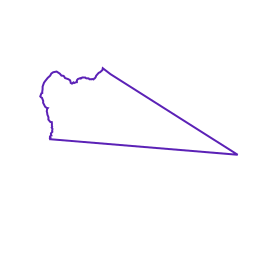 Elechui, Palau (Natural Earth projection), rotated 50°
{"feature_id": "81905179B66234991007705", "entity_name": "Elechui", "entity_type": "district", "adm_level": 2, "iso_a3": "PLW", "parent_name": "Palau", "parent_adm1": "", "projection": "natural_earth1", "projection_center": [134.481, 7.438], "detail": "fine", "context": "isolated", "style": "outline", "palette": "violet", "viewbox_px": 256, "rotation_deg": 50, "n_neighbors": 0, "source": "geoboundaries", "source_scale": "gbopen_adm2", "svg_char_len": 1199}
<svg xmlns="http://www.w3.org/2000/svg" viewBox="0 0 256 256"><g transform="rotate(50 128 128)"><path d="M66.0,108.9L67.2,110.4L67.3,113.6L66.9,115.0L67.5,118.8L68.3,120.2L68.6,121.6L68.4,122.1L68.6,123.2L67.4,124.0L67.1,124.9L66.5,125.4L65.9,126.2L64.7,126.3L64.1,126.9L63.5,127.7L62.8,128.2L61.9,128.3L60.0,130.4L59.6,131.7L59.9,131.9L59.7,132.5L59.1,132.6L58.3,134.9L58.6,136.5L60.0,137.7L59.6,138.2L58.9,140.4L58.0,140.5L58.0,142.4L56.7,142.9L56.0,142.5L54.3,141.7L52.3,142.3L49.3,144.1L47.1,143.8L46.2,144.2L45.1,145.3L42.5,145.3L39.9,146.1L38.9,146.4L38.1,147.8L37.2,149.5L37.0,151.8L37.9,154.0L38.0,157.2L38.8,161.2L39.3,163.2L40.4,165.1L41.4,166.8L43.4,168.5L45.0,170.3L46.1,171.2L45.8,172.1L46.5,173.3L47.4,174.9L48.5,174.9L49.6,174.5L52.8,175.6L54.1,176.8L57.1,177.5L58.4,177.8L60.3,177.4L61.2,176.7L61.4,177.7L63.0,179.5L64.3,180.1L66.0,181.2L67.7,181.7L68.7,182.1L69.4,182.7L70.4,183.6L73.5,183.6L74.5,182.6L75.8,183.5L77.3,184.8L78.3,185.3L78.6,186.2L80.1,186.4L81.5,188.0L82.3,188.4L82.6,190.5L83.5,191.2L84.5,191.5L84.2,192.2L84.4,193.3L84.9,193.7L85.5,194.3L85.9,193.9L86.6,194.8L218.2,62.0L219.0,61.2L75.5,106.8L66.0,108.9Z" fill="none" stroke="#5b21b6" stroke-width="2"/></g></svg>